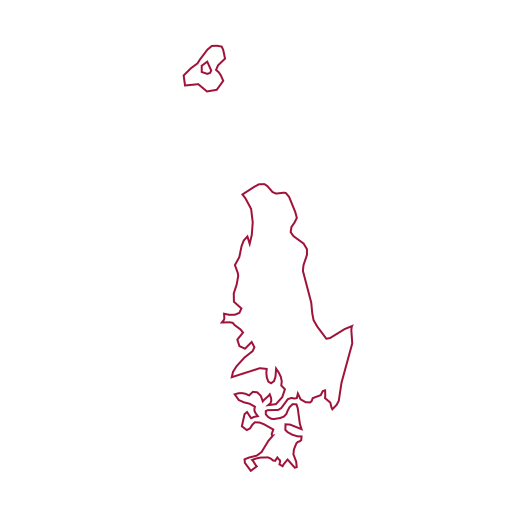 Musandam, Mercator projection, rotated 163°
{"feature_id": "OMN-2425", "entity_name": "Musandam", "entity_type": "Province", "adm_level": 1, "iso_a3": "OMN", "parent_name": "Oman", "parent_adm1": "", "projection": "mercator", "projection_center": [56.333, 25.799], "detail": "fine", "context": "isolated", "style": "outline", "palette": "rose", "viewbox_px": 512, "rotation_deg": 163, "n_neighbors": 0, "source": "natural_earth", "source_scale": "10m", "svg_char_len": 2921}
<svg xmlns="http://www.w3.org/2000/svg" viewBox="0 0 512 512"><g transform="rotate(163 256 256)"><path d="M209.5,307.7L209.0,307.4L207.1,303.0L205.6,286.7L205.8,280.5L209.4,276.7L213.6,273.4L215.9,268.7L214.4,264.1L206.8,253.9L205.3,247.6L206.9,242.2L213.3,233.3L215.5,228.0L216.8,195.3L219.0,184.5L219.7,177.8L218.0,170.4L212.9,156.3L209.2,155.9L192.5,160.2L184.9,160.9L185.0,160.8L186.5,157.3L189.5,144.3L211.3,109.8L219.2,93.3L222.5,90.0L227.8,87.1L228.1,89.1L227.8,94.1L231.6,100.0L230.6,102.1L229.2,107.3L231.6,107.3L234.8,104.0L243.3,103.5L245.0,101.2L247.0,100.1L251.3,101.7L255.2,105.8L256.2,112.2L258.5,108.2L260.8,108.4L263.6,109.9L267.4,109.8L276.3,103.2L279.8,102.3L289.8,105.1L292.0,104.8L292.9,101.7L291.4,98.4L288.9,95.8L286.5,94.8L280.1,94.0L276.2,94.3L273.2,96.0L271.4,98.3L268.2,101.6L264.3,103.6L260.7,102.3L260.6,98.2L263.1,82.9L263.1,77.1L272.7,84.8L277.0,86.4L278.8,81.1L277.2,78.2L273.6,74.5L269.0,71.4L265.2,70.1L266.6,66.7L268.4,66.0L270.4,66.0L272.3,64.9L276.3,59.9L278.2,55.5L277.7,47.5L278.8,42.2L280.8,42.2L285.3,52.1L290.4,48.8L292.0,47.2L294.5,49.9L292.9,52.6L292.8,53.6L293.5,54.5L294.5,57.1L297.6,54.5L299.5,55.5L301.1,57.9L303.4,59.9L311.0,62.0L315.0,62.3L319.3,62.1L318.6,60.5L317.5,56.3L316.8,54.6L323.8,52.1L327.1,61.4L326.4,64.9L321.8,65.3L313.5,64.9L308.0,66.9L298.2,75.6L292.7,79.1L293.1,79.1L293.0,81.2L290.2,85.0L297.5,92.7L301.3,95.7L305.7,97.3L308.7,95.8L312.1,92.9L315.7,92.2L319.3,97.3L313.2,108.1L310.2,109.4L308.1,102.3L304.8,102.7L301.1,102.3L302.4,105.9L302.7,108.2L302.3,110.1L301.1,112.2L305.3,116.6L310.2,119.5L314.6,123.3L316.8,129.9L313.0,129.9L309.5,129.0L306.3,127.3L303.4,124.7L298.7,127.0L294.7,125.3L292.3,120.9L292.0,115.0L290.1,116.2L285.1,118.5L283.3,119.7L283.1,115.8L283.8,112.9L285.3,110.9L287.8,109.8L280.3,108.5L272.2,113.3L267.3,120.1L269.7,124.7L268.0,128.7L267.6,133.1L268.3,137.8L269.7,142.4L272.6,135.0L275.3,131.1L278.8,129.9L280.9,132.2L281.2,136.5L280.3,141.2L278.8,144.9L285.2,147.6L314.6,147.2L311.8,152.0L306.8,156.3L296.7,162.3L287.1,166.0L284.2,169.2L285.3,175.0L293.6,170.6L298.2,174.7L298.3,181.5L290.8,186.6L292.3,190.3L296.7,196.3L297.9,199.0L300.9,200.4L308.1,202.4L305.6,204.1L304.6,205.3L303.4,210.1L298.6,207.5L293.3,206.0L288.5,206.5L285.3,210.1L290.5,218.7L288.2,226.7L282.8,234.4L278.8,242.2L278.4,244.9L278.8,253.5L272.3,259.8L266.9,269.7L263.2,274.4L258.5,277.2L258.5,269.5L253.9,277.3L249.3,289.1L246.9,302.4L249.3,314.5L251.0,318.8L237.4,322.7L232.2,323.7L227.0,322.3L224.7,319.6L221.5,312.3L218.5,309.8L210.8,308.4L209.5,307.7ZM274.0,439.8L272.4,449.8L263.3,454.6L255.6,457.3L251.9,460.5L242.2,467.5L236.8,469.8L231.7,468.4L227.6,466.3L227.3,464.2L227.1,462.8L227.9,453.8L236.6,449.4L239.8,445.6L237.9,442.6L236.8,439.0L236.1,433.1L245.0,426.4L254.8,427.7L261.0,437.2L274.0,439.8ZM245.8,456.1L252.3,453.8L254.1,447.8L249.3,444.4L246.4,444.5L244.6,446.4L245.8,456.1Z" fill="none" stroke="#9f1239" stroke-width="2"/></g></svg>